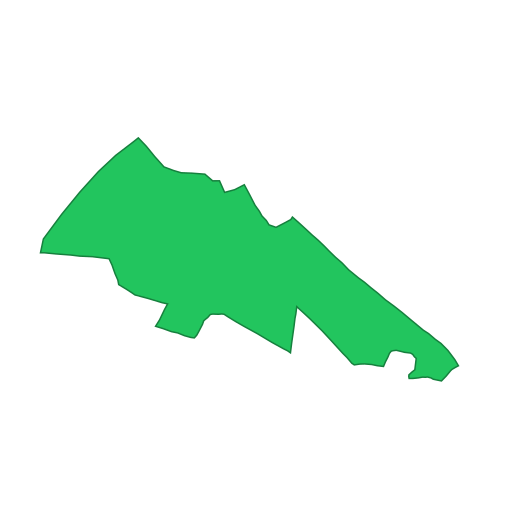 Al-Khidhir, Al-Muthannia, Iraq, rotated 97°
{"feature_id": "34846034B6386295193387", "entity_name": "Al-Khidhir", "entity_type": "district", "adm_level": 2, "iso_a3": "IRQ", "parent_name": "Iraq", "parent_adm1": "Al-Muthannia", "projection": "robinson", "projection_center": [45.705, 31.261], "detail": "fine", "context": "isolated", "style": "filled", "palette": "green", "viewbox_px": 512, "rotation_deg": 97, "n_neighbors": 0, "source": "geoboundaries", "source_scale": "gbopen_adm2", "svg_char_len": 2076}
<svg xmlns="http://www.w3.org/2000/svg" viewBox="0 0 512 512"><g transform="rotate(97 256 256)"><path d="M326.3,54.1L321.7,59.9L320.2,61.8L316.8,68.0L312.0,75.2L309.3,80.8L304.8,87.8L299.8,95.6L294.4,103.9L289.0,112.8L283.8,122.1L278.3,130.2L273.4,138.2L268.8,145.2L265.2,151.7L258.4,162.4L252.5,169.6L247.6,176.9L241.9,184.4L237.8,189.5L232.8,196.2L228.3,202.9L223.8,209.1L219.0,215.8L214.0,223.0L212.9,224.6L215.6,225.9L220.4,232.7L225.1,239.6L223.5,246.9L219.5,250.1L217.8,252.2L215.5,255.0L211.2,258.1L205.8,263.1L195.8,269.9L186.7,276.3L192.8,285.3L196.7,294.9L185.8,301.4L186.7,308.2L181.0,316.7L181.6,329.6L182.5,340.3L181.2,348.2L178.8,358.2L169.7,368.6L160.4,378.3L154.0,386.1L153.1,387.2L157.6,391.6L173.2,407.5L191.4,422.7L214.0,438.6L238.2,453.9L265.0,469.1L279.1,470.3L278.6,466.3L278.3,454.7L277.6,439.7L277.6,431.0L276.6,418.3L276.6,408.4L276.6,401.5L282.7,397.7L286.4,395.9L290.8,393.7L296.7,390.2L301.1,388.8L305.0,380.1L307.7,374.6L309.4,371.4L311.3,357.8L313.8,343.4L314.3,337.9L320.1,340.2L331.1,343.9L338.0,347.1L339.4,339.3L341.4,330.6L341.9,324.3L343.8,317.3L344.8,310.7L344.8,307.2L341.9,305.2L338.2,303.7L330.4,300.8L326.7,300.0L325.0,298.5L323.0,296.5L319.6,294.2L318.9,291.9L318.4,286.1L317.7,282.9L317.7,280.6L319.6,276.8L323.8,267.6L327.7,258.3L329.4,254.0L333.0,245.0L339.9,229.4L344.8,217.2L346.2,213.2L347.9,210.0L338.2,210.0L321.3,209.7L313.0,209.7L308.9,209.4L305.7,209.4L302.0,209.4L301.3,209.4L306.4,202.2L311.6,195.0L322.3,181.1L331.1,170.7L342.1,157.9L345.7,153.3L350.8,147.8L352.1,145.2L350.6,139.7L349.9,135.1L349.6,127.9L350.1,122.4L350.1,118.3L350.1,116.0L345.2,114.6L340.3,112.8L336.4,111.7L334.0,110.2L333.3,108.5L332.5,105.3L333.0,100.7L333.5,96.9L333.5,93.1L333.5,90.8L334.5,88.5L336.7,86.5L338.1,84.5L342.3,84.5L346.4,84.5L349.6,84.5L352.5,87.4L354.2,88.8L355.2,89.7L356.9,89.7L358.9,89.1L358.4,85.3L357.2,80.1L355.9,75.8L355.7,72.9L355.2,71.2L355.7,67.4L356.7,65.1L357.4,56.7L352.0,52.6L346.2,48.9L344.7,47.7L342.3,44.6L340.3,41.7L334.7,46.0L330.1,50.4L326.3,54.1Z" fill="#22c55e" stroke="#15803d" stroke-width="1.5"/></g></svg>